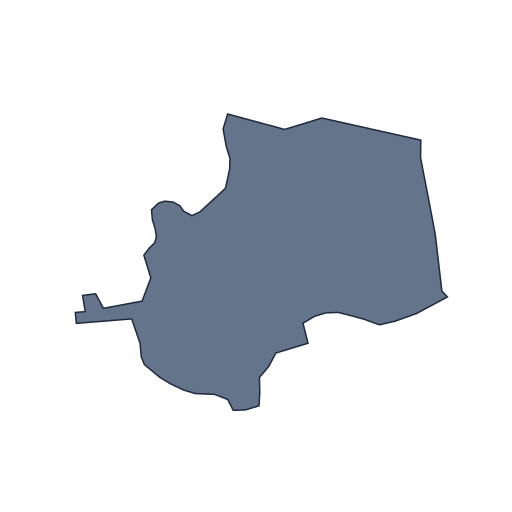 Putatan, Sabah, Malaysia (Albers equal-area conic projection), rotated 253°
{"feature_id": "92858781B21470525413455", "entity_name": "Putatan", "entity_type": "district", "adm_level": 2, "iso_a3": "MYS", "parent_name": "Malaysia", "parent_adm1": "Sabah", "projection": "albers", "projection_center": [116.061, 5.886], "detail": "fine", "context": "isolated", "style": "filled", "palette": "slate", "viewbox_px": 512, "rotation_deg": 253, "n_neighbors": 0, "source": "geoboundaries", "source_scale": "gbopen_adm2", "svg_char_len": 957}
<svg xmlns="http://www.w3.org/2000/svg" viewBox="0 0 512 512"><g transform="rotate(253 256 256)"><path d="M318.6,447.5L368.7,359.3L368.7,320.3L400.1,270.4L387.1,261.7L369.8,259.6L356.8,259.6L347.0,256.3L329.7,246.6L314.5,215.1L313.4,206.5L319.9,200.0L326.4,197.8L331.9,192.4L335.1,184.8L335.1,178.3L330.8,169.6L321.0,167.5L311.3,167.5L303.7,166.4L298.3,163.1L295.0,156.6L289.6,149.0L277.7,149.0L265.8,149.0L246.2,133.9L250.6,94.8L266.8,91.6L269.0,78.6L252.7,76.4L254.9,66.7L244.1,64.5L232.2,118.7L206.4,119.6L193.2,116.8L184.9,117.5L168.2,128.4L158.5,137.1L148.7,147.9L142.2,157.7L135.7,176.1L127.0,187.0L115.1,189.1L111.9,201.0L111.9,215.1L123.8,219.5L138.9,223.8L146.5,235.7L157.4,246.6L157.4,259.6L157.4,280.2L178.0,281.3L181.2,294.3L181.2,306.2L178.0,318.1L171.5,328.9L163.9,340.9L154.1,353.9L153.0,370.1L154.1,392.9L160.9,427.1L168.1,423.5L224.0,433.7L254.5,437.1L301.9,442.1L318.6,447.5Z" fill="#64748b" stroke="#1e293b" stroke-width="1.5"/></g></svg>